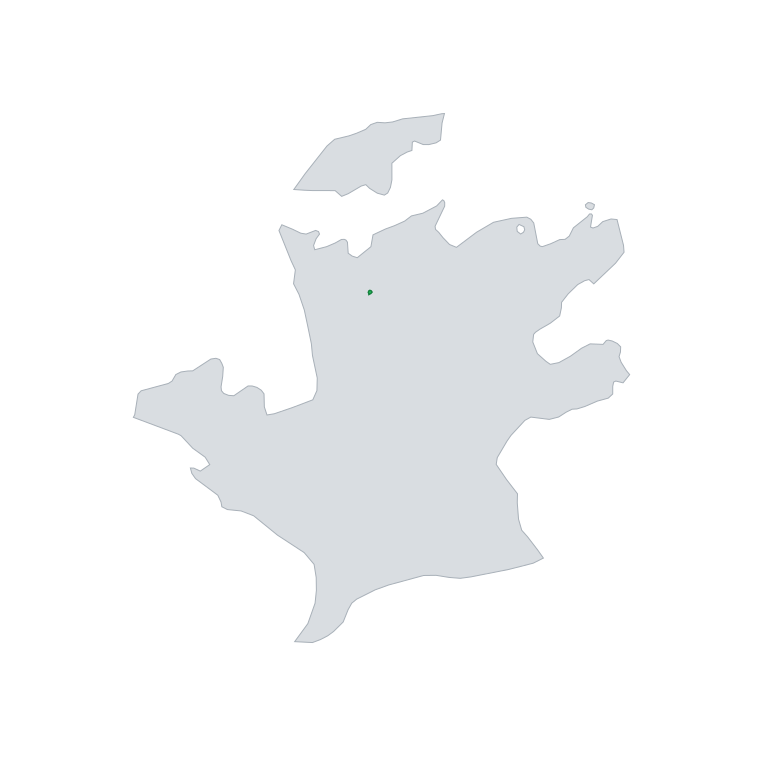 Şuşa on a map of Azerbaijan (Albers equal-area conic projection), rotated 114°
{"feature_id": "AZE-5565", "entity_name": "Şuşa", "entity_type": "Municipality", "adm_level": 1, "iso_a3": "AZE", "parent_name": "Azerbaijan", "parent_adm1": "", "projection": "albers", "projection_center": [46.75, 39.758], "detail": "fine", "context": "in_parent", "style": "filled", "palette": "green", "viewbox_px": 768, "rotation_deg": 114, "n_neighbors": 0, "source": "natural_earth", "source_scale": "10m", "svg_char_len": 3512}
<svg xmlns="http://www.w3.org/2000/svg" viewBox="0 0 768 768"><g transform="rotate(114 384 384)"><path d="M516.4,599.4L513.5,599.2L493.3,604.6L489.0,603.1L471.2,581.2L467.5,578.8L460.0,578.0L455.6,574.4L451.9,568.5L449.8,564.1L431.6,552.3L428.9,548.0L428.5,544.1L431.1,540.6L434.1,537.6L442.8,534.4L452.9,531.7L456.2,529.8L457.8,526.6L457.6,521.4L455.8,516.4L441.1,507.4L439.4,503.5L438.8,498.7L439.6,493.6L441.8,489.6L453.6,484.0L459.9,478.3L455.8,472.1L442.8,458.1L427.4,442.6L417.3,442.6L405.7,447.4L387.1,460.9L376.8,466.7L363.4,476.3L348.8,486.9L336.7,498.1L329.2,507.4L315.8,511.4L309.0,519.2L286.5,542.4L280.1,542.1L279.8,530.5L280.1,521.4L278.7,516.1L271.5,508.9L271.4,505.8L273.3,503.9L278.9,505.1L286.1,504.7L289.5,501.9L281.9,492.3L275.1,486.0L269.3,481.7L268.0,479.1L268.0,477.3L269.3,475.1L279.1,469.9L280.1,465.1L279.5,459.8L263.9,451.8L252.2,454.7L241.8,445.7L235.1,438.8L226.8,431.4L219.3,427.3L212.2,418.0L199.9,408.3L192.0,405.5L192.1,404.0L193.6,402.3L196.9,400.9L219.1,401.5L221.8,399.8L223.2,395.7L226.3,389.7L229.9,380.9L229.7,373.4L207.6,361.1L191.7,349.7L180.8,334.9L173.5,321.4L173.8,316.9L176.0,312.7L193.3,300.6L194.5,297.4L194.1,295.2L188.1,288.8L180.6,282.2L178.2,277.4L173.5,274.9L164.3,274.5L148.5,266.3L145.1,265.4L144.3,263.8L145.1,262.2L156.6,259.2L156.5,256.5L153.1,252.9L146.7,250.2L140.9,243.7L139.0,238.0L159.9,221.6L166.0,218.3L179.4,221.6L207.2,233.1L205.2,239.2L208.0,242.7L214.4,247.5L226.7,252.4L237.1,255.0L242.4,252.9L250.4,251.2L260.8,256.8L270.4,263.8L275.2,266.7L277.8,267.5L285.1,265.2L293.9,256.2L297.4,245.3L298.4,240.1L293.3,232.9L282.8,225.0L271.0,218.1L263.5,212.0L258.7,200.0L253.9,198.6L252.7,197.1L251.9,193.0L252.1,187.3L253.8,182.9L258.6,181.0L263.4,180.4L267.7,176.2L273.2,168.0L275.5,163.4L285.7,166.1L287.0,173.4L288.8,175.0L293.1,174.1L300.1,171.0L305.7,173.4L312.9,182.2L322.9,191.4L328.3,197.6L330.5,201.9L335.6,206.1L343.1,211.0L349.1,218.6L354.5,236.4L359.9,240.5L379.3,247.1L386.1,248.4L405.2,250.6L411.8,248.8L421.4,233.3L430.0,217.4L438.2,214.0L452.8,206.1L461.6,198.7L465.1,190.9L473.2,176.0L478.2,167.6L487.0,174.8L502.5,194.4L524.9,226.2L530.5,235.3L534.2,245.8L537.6,258.6L542.8,269.9L565.7,298.0L575.6,308.3L591.7,321.5L597.3,324.3L604.7,325.0L618.0,324.5L630.6,329.4L636.9,333.0L643.4,338.2L649.3,344.2L655.7,360.8L633.9,356.1L612.3,357.8L600.1,361.8L588.4,367.2L577.2,374.5L570.5,388.3L565.4,419.8L557.4,449.5L558.1,463.0L562.4,476.0L562.1,482.2L558.1,484.9L553.2,490.6L547.1,517.7L543.8,523.2L539.5,526.7L538.2,523.5L538.3,516.4L528.5,510.4L523.6,517.6L520.5,532.5L513.8,548.3L513.5,551.2L516.4,599.4ZM190.4,324.4L191.4,320.2L188.7,318.3L185.9,318.2L183.4,320.2L183.3,325.5L186.7,326.5L190.4,324.4ZM116.9,445.7L113.7,441.3L112.3,438.8L122.0,437.1L138.2,431.6L142.5,434.5L147.1,440.5L149.3,445.5L149.6,454.9L151.5,456.5L159.3,453.5L162.8,457.3L168.7,461.9L179.1,466.6L194.3,459.8L201.8,458.1L208.0,458.3L211.3,460.5L212.4,467.8L211.1,476.8L209.3,481.7L212.4,485.3L224.7,494.1L229.8,499.0L227.2,507.3L236.3,527.8L239.4,535.7L243.0,545.5L224.0,541.6L189.8,532.9L180.5,528.6L171.7,517.1L166.5,511.5L158.8,504.3L152.4,501.6L147.7,496.6L145.0,489.3L141.1,482.7L134.2,474.8L118.9,448.4L116.9,445.7ZM140.5,271.4L138.4,272.9L135.2,271.3L134.3,268.1L134.6,264.7L137.8,264.0L140.3,265.0L141.0,268.1L140.5,271.4Z" fill="#d9dde1" stroke="#a8b0b8" stroke-width="1"/><path d="M304.9,432.3L306.6,432.8L308.4,434.2L307.4,434.8L306.7,435.6L305.1,435.7L304.2,435.0L304.1,433.6L304.9,432.3Z" fill="#22c55e" stroke="#15803d" stroke-width="1.5"/></g></svg>